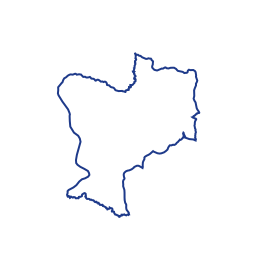 Paya, Boyacá, Colombia (Albers equal-area conic projection), rotated 150°
{"feature_id": "7082276B35897669822382", "entity_name": "Paya", "entity_type": "district", "adm_level": 2, "iso_a3": "COL", "parent_name": "Colombia", "parent_adm1": "Boyacá", "projection": "albers", "projection_center": [-72.391, 5.626], "detail": "fine", "context": "isolated", "style": "outline", "palette": "blue", "viewbox_px": 256, "rotation_deg": 150, "n_neighbors": 0, "source": "geoboundaries", "source_scale": "gbopen_adm2", "svg_char_len": 5698}
<svg xmlns="http://www.w3.org/2000/svg" viewBox="0 0 256 256"><g transform="rotate(150 128 128)"><path d="M84.4,189.6L84.6,189.2L84.9,187.5L85.2,186.7L86.0,185.4L86.6,184.8L86.4,184.5L86.7,183.2L87.2,182.9L87.5,182.9L87.8,182.6L88.2,182.6L88.5,182.4L89.0,181.6L88.9,181.2L89.5,180.7L89.5,179.8L91.4,178.4L91.7,177.5L92.4,177.0L92.8,176.9L92.7,176.3L94.0,175.2L94.5,174.4L94.3,173.7L94.8,173.7L95.2,174.4L95.5,174.5L95.6,174.1L95.2,173.4L95.4,173.2L95.3,172.6L95.7,172.0L95.4,171.5L95.7,171.1L95.8,170.7L95.5,169.7L95.5,169.1L96.0,168.8L97.0,168.7L97.4,168.1L97.8,168.0L98.0,167.7L98.0,167.2L97.3,167.1L97.1,166.8L97.3,165.8L97.8,165.4L98.2,164.7L99.5,164.7L100.0,163.8L100.8,163.7L101.9,163.2L102.9,163.1L103.3,163.4L104.0,163.5L104.2,163.9L104.5,164.1L104.8,163.7L104.9,163.1L104.6,162.6L105.1,162.0L105.5,161.9L106.7,162.9L107.2,162.0L107.9,161.8L108.0,161.1L108.2,160.7L108.5,160.7L110.6,161.6L111.3,161.5L111.8,161.1L111.9,160.7L112.2,160.5L112.5,160.7L112.8,161.4L114.1,162.3L114.2,162.6L114.6,163.1L115.7,163.6L116.3,164.0L117.5,164.5L119.7,166.7L120.1,167.7L120.0,168.5L120.2,169.6L120.8,170.6L121.7,171.3L122.5,172.3L122.7,173.0L122.9,174.2L124.6,175.7L124.6,176.0L124.2,176.7L124.0,178.2L124.3,179.1L124.6,179.5L125.0,179.8L126.2,180.0L126.8,181.0L128.3,181.7L129.1,183.8L129.9,184.9L130.7,185.2L132.0,185.1L132.5,185.3L132.6,185.7L132.7,186.7L133.2,187.8L135.0,189.1L135.3,190.8L135.5,191.3L136.6,191.5L138.3,192.2L138.9,192.7L139.6,193.9L141.0,194.5L141.4,195.0L141.5,196.1L141.8,196.6L141.9,197.7L143.5,199.0L145.7,199.8L146.2,201.1L146.5,201.3L147.0,201.5L149.1,201.8L150.9,203.1L152.1,203.4L154.1,203.4L156.1,202.9L158.4,202.9L160.0,202.0L162.0,200.3L162.8,200.2L168.1,198.2L169.4,195.8L171.4,193.0L171.8,191.1L171.6,183.7L170.6,174.1L171.1,170.5L171.5,168.9L172.5,167.7L175.0,163.0L177.3,158.0L177.1,151.0L175.0,146.2L175.0,143.0L176.0,139.8L185.7,130.3L189.1,126.2L190.4,123.5L190.1,121.3L188.7,118.2L186.3,114.5L184.2,110.8L184.3,108.4L184.9,106.7L186.8,105.8L190.4,105.9L193.5,106.6L197.0,106.0L201.3,104.3L205.0,103.8L210.4,104.0L211.9,103.5L212.8,101.9L214.2,100.6L214.5,99.0L214.5,98.6L214.2,98.4L213.6,98.8L213.4,98.8L212.9,97.9L212.6,97.7L213.1,97.1L213.2,96.5L212.9,96.5L212.2,96.9L211.5,96.9L210.7,95.4L210.4,95.3L209.8,95.4L209.5,95.0L208.8,94.8L208.5,94.3L208.4,93.3L207.8,92.9L207.1,92.7L206.1,91.9L205.9,91.9L205.5,92.5L205.0,92.9L204.6,92.8L203.7,92.2L202.1,92.0L201.0,93.3L199.3,93.5L198.1,93.3L197.7,92.7L197.6,92.0L197.9,91.6L198.3,90.5L198.6,90.3L199.2,90.1L199.3,89.9L199.3,89.6L198.9,89.1L199.3,88.2L199.0,87.3L198.9,87.0L197.8,86.5L197.4,86.2L196.8,85.6L196.7,84.7L195.5,84.2L195.2,83.4L194.2,82.8L193.9,82.3L193.9,81.2L193.7,80.6L193.4,80.2L192.5,80.2L192.2,79.9L192.4,79.3L192.1,78.7L191.1,78.1L191.5,77.4L190.7,76.9L190.8,75.8L190.7,75.4L190.0,75.1L189.6,74.6L188.9,74.5L188.6,74.4L188.4,74.0L188.7,72.9L188.1,72.4L186.8,70.3L187.0,69.5L186.4,69.1L186.3,68.8L186.6,68.2L186.6,67.8L186.2,67.7L185.4,67.9L184.5,67.4L184.1,67.4L183.9,67.6L183.6,68.1L183.3,67.5L182.1,66.5L182.0,65.6L182.3,65.0L183.6,64.1L183.7,63.7L183.3,63.4L182.4,63.0L182.0,62.5L182.5,60.9L182.3,59.4L181.9,59.3L181.5,58.6L181.1,58.3L181.0,57.8L180.3,57.1L180.3,56.7L179.6,56.2L180.1,55.6L180.0,55.4L179.5,55.3L179.1,55.6L178.5,55.7L177.5,55.4L177.4,55.7L177.0,55.7L176.8,56.1L176.6,56.0L176.7,55.5L176.5,55.3L175.1,55.2L174.8,54.9L174.6,55.0L174.4,55.0L174.1,54.3L173.2,53.2L171.8,53.3L171.3,53.0L171.1,52.6L170.8,52.8L170.3,52.6L170.2,53.1L169.7,54.4L170.1,57.8L169.9,58.7L169.3,60.1L168.0,62.2L167.8,62.9L167.8,64.7L166.8,67.6L166.5,67.9L166.1,68.9L163.3,73.8L162.1,76.2L161.3,80.0L160.4,81.4L159.5,83.3L159.0,84.2L158.1,85.1L156.6,85.7L156.1,86.3L156.0,87.4L155.2,89.5L154.5,90.4L153.5,91.1L151.6,91.5L150.9,91.5L149.4,91.2L148.1,90.7L145.5,90.4L143.0,90.7L142.1,91.1L139.3,90.9L138.1,90.3L137.4,89.6L136.2,87.6L135.4,86.1L134.7,86.8L133.9,88.4L132.3,90.8L130.9,91.9L129.9,92.5L129.3,92.9L128.6,94.2L127.8,94.6L125.6,94.7L123.6,94.5L121.8,94.6L117.9,95.4L117.8,95.0L115.7,92.2L115.1,91.4L113.5,90.1L111.8,89.4L109.0,88.9L106.8,89.1L104.5,89.6L103.4,90.6L102.3,91.3L101.5,91.7L100.5,92.1L99.0,91.2L98.3,91.2L97.8,91.0L97.3,91.0L97.0,90.6L96.1,90.1L94.5,90.2L93.1,90.8L91.5,91.0L90.4,91.5L89.4,91.6L89.0,92.0L88.5,91.5L87.5,91.4L85.4,92.1L84.3,91.9L84.1,92.1L84.2,92.9L83.6,93.5L83.5,94.0L83.2,94.3L83.2,95.4L82.9,95.6L82.8,95.9L82.4,96.2L82.3,95.8L82.8,95.3L82.6,94.4L83.1,93.0L82.8,92.5L83.0,92.1L82.9,91.7L83.4,91.2L80.4,87.7L76.7,85.1L76.6,84.5L75.7,83.4L75.5,83.7L74.9,84.2L74.8,84.5L74.6,86.3L74.0,86.8L73.7,87.7L72.9,88.6L72.4,89.5L72.1,89.7L71.3,90.4L70.8,92.2L70.2,93.0L70.1,94.4L69.7,95.3L69.2,96.9L68.3,97.8L67.6,99.0L66.7,100.1L65.4,101.0L64.8,101.2L64.5,101.6L64.7,102.3L65.7,103.3L65.9,104.0L66.6,104.6L66.8,105.1L66.0,104.9L65.6,105.0L65.6,105.3L65.3,105.5L64.0,105.4L63.6,105.6L63.3,105.5L61.3,106.2L60.7,105.8L60.0,106.0L59.2,105.6L58.8,105.5L58.6,105.7L58.5,106.5L58.7,109.4L58.6,110.8L56.7,116.4L56.8,118.5L56.5,120.6L54.6,122.6L51.9,127.6L50.2,129.1L47.8,130.9L47.0,132.4L45.4,133.4L44.3,134.4L43.5,138.4L42.7,139.5L41.5,142.6L41.6,144.0L42.5,145.6L45.0,146.9L46.1,148.0L47.5,147.7L48.6,146.5L49.1,146.4L50.0,146.6L50.8,147.1L51.7,147.4L51.9,147.7L52.1,148.4L52.6,149.3L56.2,152.5L56.5,153.3L56.8,155.1L58.0,157.2L61.1,158.9L63.1,159.3L64.6,160.4L64.9,160.9L65.1,161.6L65.4,161.8L66.1,162.0L67.7,161.9L68.2,162.0L69.0,162.6L73.8,163.2L74.1,163.3L75.8,164.9L76.2,165.5L76.8,168.1L76.6,168.7L76.2,169.4L74.6,170.8L74.1,171.7L73.1,173.0L73.1,173.9L73.6,174.8L73.4,175.9L73.5,176.6L74.7,177.4L75.4,178.1L77.0,178.4L77.9,178.9L80.4,182.2L81.1,184.2L82.2,185.0L82.8,186.5L83.7,186.9L84.1,187.4L84.4,188.1L84.4,189.6Z" fill="none" stroke="#1e3a8a" stroke-width="2"/></g></svg>